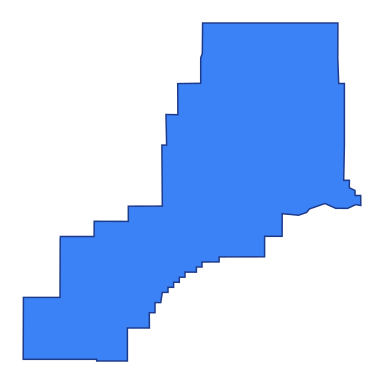 Stillwater, Montana, United States of America
{"feature_id": "52423323B1446869819643", "entity_name": "Stillwater", "entity_type": "district", "adm_level": 2, "iso_a3": "USA", "parent_name": "United States of America", "parent_adm1": "Montana", "projection": "natural_earth1", "projection_center": [-109.384, 45.65], "detail": "fine", "context": "isolated", "style": "filled", "palette": "blue", "viewbox_px": 384, "rotation_deg": 0, "n_neighbors": 0, "source": "geoboundaries", "source_scale": "gbopen_adm2", "svg_char_len": 917}
<svg xmlns="http://www.w3.org/2000/svg" viewBox="0 0 384 384"><path d="M96.7,361.0L127.4,361.0L127.4,328.0L149.4,328.0L149.3,312.7L155.0,312.7L155.0,302.6L160.7,302.6L162.3,292.4L168.0,292.4L168.0,287.3L173.6,287.3L173.6,282.2L179.3,282.3L179.3,277.2L185.0,277.2L185.0,272.1L196.4,272.1L196.4,267.0L202.0,267.0L202.0,262.0L219.1,261.9L219.1,256.9L264.6,256.8L264.6,236.3L282.1,236.3L282.2,213.7L298.6,215.2L306.5,212.5L309.5,208.9L325.0,203.5L335.7,208.3L347.5,208.4L355.8,204.6L360.8,205.5L360.7,195.5L355.1,195.5L355.0,190.5L349.3,187.7L349.4,180.3L343.7,180.3L344.4,144.8L344.4,83.5L338.7,83.5L337.8,58.2L337.9,23.0L202.6,23.0L202.3,53.7L200.7,57.8L200.7,83.3L177.7,83.6L177.9,114.7L166.0,114.5L166.6,145.1L161.9,145.1L162.3,206.1L128.3,206.2L128.3,221.4L94.2,221.3L94.1,236.5L60.4,236.5L60.2,239.2L60.0,297.4L23.4,297.4L23.2,359.3L96.7,359.3L96.7,361.0Z" fill="#3b82f6" stroke="#1e3a8a" stroke-width="1.5"/></svg>